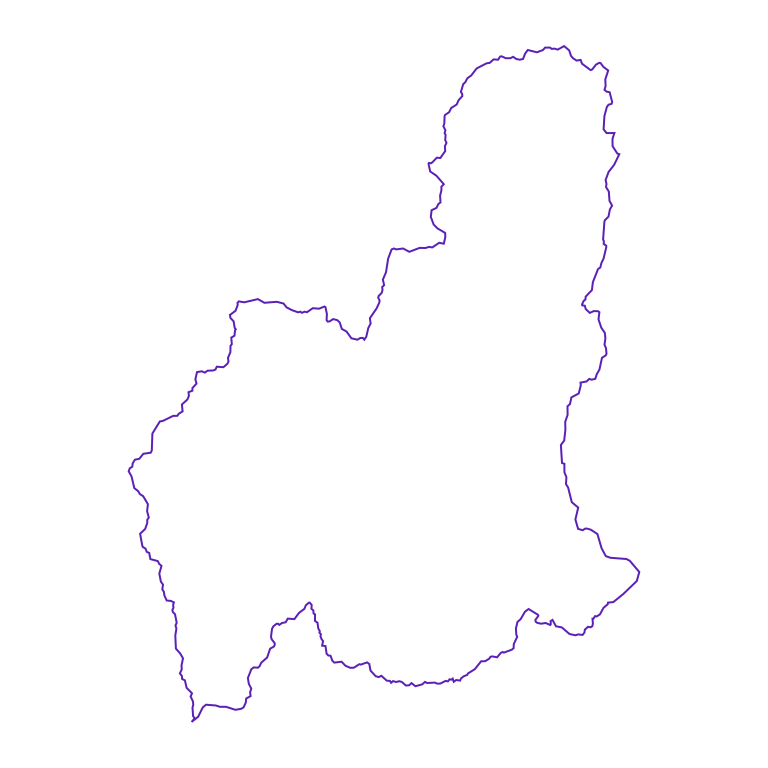 San Ignacio, Cajamarca, Peru
{"feature_id": "86281439B246740541536", "entity_name": "San Ignacio", "entity_type": "district", "adm_level": 2, "iso_a3": "PER", "parent_name": "Peru", "parent_adm1": "Cajamarca", "projection": "natural_earth1", "projection_center": [-78.994, -5.074], "detail": "fine", "context": "isolated", "style": "outline", "palette": "violet", "viewbox_px": 768, "rotation_deg": 0, "n_neighbors": 0, "source": "geoboundaries", "source_scale": "gbopen_adm2", "svg_char_len": 6078}
<svg xmlns="http://www.w3.org/2000/svg" viewBox="0 0 768 768"><path d="M564.1,46.1L557.7,49.6L554.5,48.6L551.7,48.9L550.1,47.6L545.1,47.6L543.0,50.0L536.9,52.3L527.8,50.0L525.2,53.5L523.0,59.0L519.8,59.7L516.3,59.0L513.1,56.8L510.4,58.2L505.8,58.2L501.6,56.3L500.1,56.6L498.1,59.7L493.6,59.4L489.6,62.9L486.6,63.3L476.7,68.4L471.2,75.5L467.4,78.2L465.3,82.2L463.2,84.2L460.9,91.9L462.2,94.0L462.3,96.1L458.6,100.2L456.7,104.5L451.2,108.0L449.1,112.2L445.0,115.0L444.6,116.2L444.3,123.6L443.4,126.3L445.4,130.3L444.6,133.1L445.6,134.9L445.2,140.0L446.5,142.9L444.9,146.1L445.2,151.1L440.3,158.0L436.8,157.7L432.4,162.3L430.9,163.3L429.0,162.9L428.5,163.8L430.2,171.5L436.4,175.7L443.8,184.2L441.4,186.7L441.4,190.5L440.1,195.5L440.5,202.4L438.3,204.1L436.5,207.9L431.6,210.2L430.8,216.9L433.7,224.6L437.5,228.4L445.2,233.0L445.3,237.0L443.8,243.7L439.2,242.8L432.3,247.4L429.0,246.9L425.5,248.0L419.6,247.9L409.3,251.8L403.1,248.5L396.1,249.4L394.0,248.5L391.6,249.4L388.1,258.8L386.0,272.3L382.9,279.5L384.1,285.2L382.2,287.0L382.5,290.1L381.6,293.0L378.7,295.9L378.2,297.6L379.6,300.6L379.3,302.6L376.6,308.4L369.9,318.2L370.6,323.6L368.3,328.0L366.3,336.7L364.3,339.7L362.9,337.9L360.3,338.0L357.4,339.7L351.4,338.3L346.5,331.5L341.8,328.9L339.7,322.4L337.2,320.1L333.1,319.1L329.6,321.4L327.7,321.6L326.6,320.2L326.9,313.9L325.4,307.0L324.4,306.5L319.1,308.7L312.8,308.2L307.0,312.2L304.5,311.7L302.0,312.8L300.3,311.7L298.1,312.3L292.1,310.2L286.6,307.4L283.5,303.5L276.7,301.8L264.4,302.8L257.9,299.1L244.3,302.3L238.8,301.4L237.5,302.9L237.7,304.9L235.6,310.7L229.9,315.0L230.5,318.0L233.6,321.3L234.7,327.9L235.8,329.3L235.0,330.4L234.5,335.7L231.3,337.6L231.8,344.2L230.5,345.8L230.4,352.1L228.0,357.8L228.5,361.5L227.4,363.8L223.4,367.2L216.8,366.7L215.4,369.6L213.0,370.5L207.5,370.7L204.9,372.6L201.8,371.3L197.0,372.1L195.4,379.3L196.5,383.6L192.4,388.1L192.4,390.7L188.5,392.2L188.9,395.9L187.4,399.5L181.9,404.5L182.6,411.4L178.9,413.6L177.4,415.8L173.1,415.9L162.9,420.9L159.8,421.5L152.4,433.5L151.8,450.5L150.7,452.7L143.3,453.8L139.3,458.8L134.9,459.7L132.7,463.3L132.3,466.7L129.8,468.3L128.7,471.3L131.5,476.3L134.3,488.1L138.1,491.1L139.9,494.1L143.2,496.2L147.9,504.2L147.1,511.1L148.8,517.6L147.2,519.9L147.3,522.8L145.2,528.9L140.1,533.8L142.3,545.7L142.8,547.0L145.4,548.5L146.8,551.9L149.2,552.9L150.4,559.1L157.8,561.1L159.2,563.9L161.5,565.9L159.3,573.6L160.9,581.7L163.0,584.6L162.3,589.4L163.9,591.9L164.4,595.5L166.7,600.5L170.8,600.9L173.9,602.4L173.1,605.0L173.5,607.6L172.4,609.9L172.9,612.1L175.0,614.2L176.7,622.8L175.5,625.5L176.4,628.7L175.3,635.4L175.9,648.6L180.2,653.5L183.0,658.3L181.5,665.6L181.8,669.3L179.9,673.4L181.9,676.0L182.1,678.9L184.9,680.4L186.6,687.8L192.0,693.3L190.6,696.5L192.9,701.3L193.3,704.7L192.5,707.6L193.1,716.1L194.7,718.3L191.6,721.9L198.2,716.7L202.7,707.5L206.0,704.7L215.9,705.5L219.8,706.8L226.0,706.8L235.4,709.8L241.2,708.8L243.6,707.3L245.8,702.5L246.2,698.5L250.6,696.1L250.1,692.2L251.3,688.6L248.8,683.8L247.9,678.0L251.3,669.3L253.7,667.4L257.9,667.7L259.6,666.2L261.3,662.6L267.1,657.6L270.1,648.7L274.0,646.5L274.7,644.9L274.7,643.2L271.7,639.3L271.0,636.8L272.0,628.9L273.3,626.4L276.4,623.9L278.0,623.7L279.3,624.9L282.0,623.0L285.6,622.3L287.8,618.6L294.4,619.1L299.0,612.9L304.4,608.8L305.9,605.2L308.9,602.7L309.8,602.7L311.7,605.0L311.4,608.8L313.3,610.3L313.6,613.5L315.0,614.4L315.0,620.9L317.5,622.7L318.3,628.5L319.8,631.1L319.4,632.6L320.9,634.2L320.5,636.2L321.4,638.9L323.1,641.1L322.1,645.6L325.5,646.1L326.6,653.7L328.3,655.5L330.5,655.7L332.4,660.8L334.3,662.6L341.6,661.7L345.4,665.7L350.2,667.8L353.9,667.7L359.3,664.2L360.8,664.6L367.1,662.4L369.3,664.0L370.5,670.6L375.7,676.2L378.7,677.1L381.4,675.8L386.8,680.7L389.9,680.9L391.1,682.8L393.0,681.1L396.1,682.0L399.3,681.2L401.9,682.0L405.9,685.5L409.1,685.3L411.5,683.1L415.4,686.2L422.2,684.4L425.0,681.9L427.0,683.0L435.0,682.6L437.3,683.7L440.4,683.5L445.6,680.9L447.9,681.4L449.6,679.3L451.3,679.7L452.7,678.6L453.7,681.8L456.2,680.0L460.1,680.6L461.0,678.5L463.5,676.4L467.2,674.9L467.9,673.5L474.9,669.1L481.1,661.3L485.1,661.2L489.1,658.8L490.5,656.8L492.2,656.4L497.1,657.3L500.8,652.9L502.6,652.0L503.9,652.6L511.8,649.7L513.6,648.2L513.8,644.0L517.2,636.9L516.3,634.6L515.9,628.5L517.5,621.9L520.6,619.2L525.0,611.7L528.6,609.0L538.1,614.9L538.4,615.8L535.4,619.9L535.6,621.6L537.1,622.8L541.0,623.7L545.7,623.0L550.2,625.0L550.8,624.2L550.6,621.1L552.5,619.9L556.0,626.3L561.8,627.4L569.5,634.0L575.5,635.3L578.1,634.4L582.6,634.9L584.4,632.6L584.9,629.6L588.0,626.8L590.6,627.3L592.3,626.2L592.9,623.6L592.5,618.7L593.4,618.7L595.1,616.1L596.6,616.5L599.9,614.4L603.6,607.7L607.7,604.3L608.0,602.6L613.3,602.1L623.4,593.9L636.8,581.0L639.3,572.0L629.8,560.8L626.4,559.0L610.5,557.8L605.8,556.1L601.6,548.3L597.4,534.0L590.8,529.7L587.1,528.6L585.2,528.6L582.7,530.2L578.1,528.9L575.4,519.5L578.2,507.6L571.8,502.2L568.1,487.5L566.0,484.1L566.4,477.2L564.4,472.2L564.4,463.8L562.0,463.0L560.9,445.0L564.2,440.5L565.4,429.7L565.2,421.9L567.6,414.9L567.5,406.3L570.0,404.0L571.4,397.4L578.7,393.5L580.8,385.3L580.5,382.6L586.5,381.5L589.3,378.9L591.7,379.7L595.3,378.8L596.8,374.1L599.4,369.7L602.0,357.8L605.6,355.5L606.5,353.9L606.0,348.2L604.5,344.7L605.4,338.3L604.8,332.8L601.3,327.7L598.5,319.4L599.4,312.2L598.0,311.2L593.7,311.1L589.8,312.9L585.7,309.0L584.8,305.7L582.3,305.4L582.0,304.5L583.8,300.7L585.4,299.6L585.7,296.6L591.9,290.1L592.9,282.1L598.0,269.1L600.3,267.5L601.5,262.8L603.5,258.8L606.3,247.1L606.2,245.6L603.7,244.0L603.9,241.2L603.1,239.5L604.4,221.8L604.8,220.3L608.5,216.6L609.9,209.4L612.1,205.6L609.5,200.9L608.8,191.5L606.0,187.0L606.5,184.0L605.6,180.0L608.6,171.9L614.1,164.9L619.3,154.2L617.3,153.5L612.6,146.2L612.5,138.8L614.4,133.0L606.6,133.1L603.6,129.3L604.4,116.1L606.8,107.1L608.5,104.7L611.5,103.9L612.2,102.0L609.6,92.2L606.5,91.6L604.5,89.8L605.6,86.0L605.3,79.4L608.2,70.5L603.4,66.9L600.6,63.1L599.2,62.8L595.9,64.7L592.2,69.5L590.6,70.1L582.0,63.7L580.6,59.9L576.6,60.6L573.0,58.2L571.0,55.9L569.2,50.4L564.1,46.1Z" fill="none" stroke="#5b21b6" stroke-width="2"/></svg>